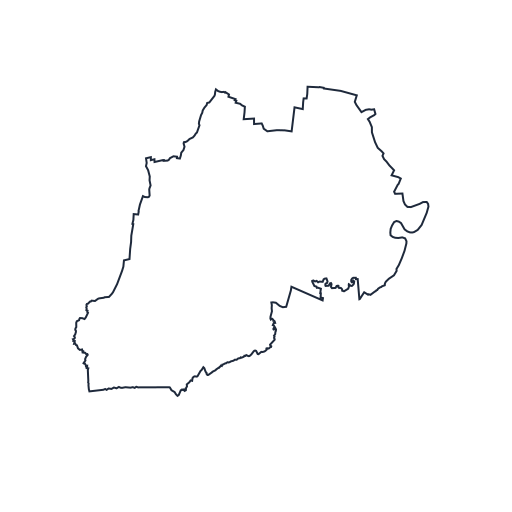 the district of Ban Phaeo, Samut Sakhon, Thailand, rotated 21°
{"feature_id": "78962969B41699219692517", "entity_name": "Ban Phaeo", "entity_type": "district", "adm_level": 2, "iso_a3": "THA", "parent_name": "Thailand", "parent_adm1": "Samut Sakhon", "projection": "equal_earth", "projection_center": [100.121, 13.585], "detail": "fine", "context": "isolated", "style": "outline", "palette": "slate", "viewbox_px": 512, "rotation_deg": 21, "n_neighbors": 0, "source": "geoboundaries", "source_scale": "gbopen_adm2", "svg_char_len": 6127}
<svg xmlns="http://www.w3.org/2000/svg" viewBox="0 0 512 512"><g transform="rotate(21 256 256)"><path d="M313.7,76.7L311.4,78.0L309.0,78.5L306.1,80.2L302.9,83.9L295.7,79.1L293.0,76.7L292.5,69.9L275.9,71.5L259.3,75.3L259.0,74.7L254.7,75.5L254.4,75.9L243.5,79.5L245.8,86.4L246.8,90.8L244.0,91.8L244.9,95.5L247.0,102.1L238.7,103.4L244.6,126.9L237.8,128.4L230.5,131.0L221.9,135.5L217.6,134.4L215.7,132.0L213.8,130.2L206.9,133.5L204.9,128.4L195.5,132.7L193.8,126.0L192.1,120.6L189.0,120.4L186.6,119.6L182.1,120.2L182.0,118.1L180.4,118.2L180.6,116.9L173.2,117.2L172.9,114.9L168.7,114.0L168.5,114.6L167.2,114.3L165.2,115.3L163.2,115.6L161.4,115.6L158.9,114.8L159.1,117.4L159.8,120.1L159.8,121.5L157.4,129.4L155.6,130.6L155.8,132.8L154.7,135.9L154.1,139.2L154.5,141.6L154.2,144.1L154.7,150.7L155.3,153.0L156.4,154.2L156.6,161.9L155.9,163.3L155.5,165.5L154.6,167.9L152.0,170.6L151.2,172.4L150.3,173.9L148.9,175.2L148.1,175.3L147.9,175.6L148.1,176.9L150.1,179.6L150.3,183.1L149.2,186.3L149.8,189.1L150.0,192.3L147.1,193.0L146.7,191.6L143.2,192.5L140.6,195.5L140.2,197.4L139.3,198.6L135.6,200.3L135.1,200.3L135.2,199.6L134.9,199.7L127.6,204.6L126.5,202.1L123.5,204.2L122.4,201.4L118.3,204.2L120.6,208.3L121.1,211.6L124.5,214.5L128.3,219.8L129.5,223.5L132.3,227.9L132.3,231.0L132.5,232.2L135.0,237.6L134.9,239.0L134.0,239.9L131.0,240.8L129.0,240.6L129.2,249.5L130.2,256.1L130.6,256.6L131.1,259.5L126.8,260.7L128.6,266.3L129.1,270.3L130.0,270.2L132.3,281.7L134.4,287.8L136.0,294.5L139.0,304.2L134.3,307.4L136.0,313.5L136.3,318.0L136.4,332.0L135.5,341.0L135.0,342.9L133.4,346.9L129.4,348.8L128.9,349.5L124.7,351.8L123.8,352.6L121.8,355.7L118.5,356.6L118.1,357.7L117.3,358.1L116.3,360.6L115.3,361.4L115.2,362.4L116.1,363.7L115.9,364.7L116.7,365.7L117.1,367.4L118.3,367.4L118.5,368.7L119.5,369.2L119.1,374.4L118.5,376.3L116.1,376.3L113.9,377.0L113.7,377.7L113.8,379.4L112.1,381.1L112.1,382.8L113.7,386.8L113.4,388.3L113.7,389.7L114.7,390.4L115.1,391.5L115.3,394.0L114.8,396.0L116.0,396.8L116.2,397.8L115.6,398.9L115.0,399.3L115.9,400.1L115.9,400.7L117.3,400.4L117.6,403.1L118.6,402.5L119.8,403.6L120.9,403.6L122.9,406.0L125.2,406.8L127.1,405.6L128.2,407.4L128.5,406.7L129.0,406.8L129.4,408.1L131.3,407.6L132.7,408.5L133.7,408.0L134.2,408.4L134.3,408.8L133.5,410.9L133.4,413.5L134.2,414.7L133.4,417.9L134.2,418.1L134.8,417.8L136.1,418.7L136.7,419.8L137.3,419.8L137.8,419.2L138.1,420.0L137.7,421.0L138.0,421.4L139.7,421.0L139.9,422.8L144.3,432.9L144.6,434.2L145.4,435.0L145.9,436.7L147.7,440.3L149.0,442.1L161.4,435.6L162.9,434.2L164.5,434.5L165.9,432.5L168.7,431.9L170.5,429.7L173.2,429.5L174.9,427.4L176.8,427.5L178.2,427.1L181.1,425.3L186.0,423.9L188.0,422.6L190.0,422.6L191.1,421.0L193.0,420.9L222.1,409.6L222.7,409.6L225.2,411.6L228.8,412.2L230.7,413.7L232.8,414.7L233.7,413.4L233.9,408.3L234.8,407.7L234.9,407.1L236.2,407.2L236.5,406.5L236.9,407.0L237.4,406.6L237.9,407.3L238.6,406.5L238.0,404.3L238.3,402.5L237.4,400.7L239.0,397.8L239.6,395.6L241.1,395.4L240.5,392.8L241.0,391.2L241.9,390.3L244.0,389.8L244.5,389.1L245.4,383.2L246.1,381.8L246.7,378.7L247.9,379.2L250.4,382.1L251.9,383.0L252.0,383.7L253.3,384.5L254.1,384.1L256.8,380.1L256.8,379.7L259.2,377.1L259.4,376.3L261.1,373.8L261.5,373.7L261.8,372.5L262.3,372.1L262.5,370.9L263.5,370.9L263.5,369.5L264.0,369.3L265.6,367.4L266.5,366.9L266.7,366.3L267.7,365.3L268.4,365.3L269.4,364.6L270.3,363.4L272.5,361.8L273.4,360.4L275.1,359.8L276.1,358.0L277.7,357.1L278.1,356.1L278.8,356.2L279.7,355.4L280.7,354.4L280.9,353.3L281.9,353.1L282.4,352.0L284.8,352.2L285.8,351.7L286.9,349.6L288.0,345.8L288.5,344.9L289.5,344.5L290.2,344.6L292.7,346.9L293.5,346.8L295.3,343.6L296.5,343.3L298.1,342.1L298.8,341.1L299.5,339.6L298.9,338.6L299.4,338.1L300.5,338.1L301.1,337.7L302.1,335.8L302.6,335.6L302.6,334.8L301.3,334.3L300.9,333.7L303.4,327.5L303.2,326.9L302.2,326.0L302.2,324.6L301.4,324.0L301.9,322.1L301.3,319.8L301.4,318.9L301.0,317.4L299.9,316.4L299.4,317.9L298.8,318.3L298.4,318.0L298.3,317.4L298.6,316.1L298.4,315.2L297.6,314.5L296.5,314.5L296.6,312.2L297.8,311.6L296.8,310.3L296.4,310.1L295.4,310.3L295.0,309.4L293.6,308.8L293.2,308.9L292.6,310.0L291.9,309.3L291.3,307.5L290.7,301.9L289.3,299.1L288.4,296.2L287.0,293.9L288.3,293.2L291.3,292.5L296.0,294.1L299.4,294.2L302.4,292.6L300.9,275.7L300.1,272.0L334.1,273.6L333.6,271.3L331.2,271.6L329.9,267.6L329.3,267.7L328.3,263.3L325.3,263.4L324.2,263.9L323.4,262.9L321.3,263.1L317.7,259.8L317.4,259.1L318.3,258.3L320.3,258.6L321.5,257.5L323.4,258.3L324.5,257.1L327.5,256.2L327.5,253.5L328.4,252.4L329.8,251.7L331.9,254.1L332.0,255.7L331.3,256.3L330.8,257.3L331.3,258.6L331.7,259.0L334.5,257.7L334.9,255.0L335.7,254.4L336.6,255.2L336.7,255.7L336.4,256.2L336.9,256.8L337.0,257.9L338.4,258.8L341.7,257.3L342.0,255.1L343.2,254.3L343.8,254.5L343.8,255.4L344.1,255.7L345.1,256.1L345.8,255.6L347.0,255.5L348.4,256.3L348.9,257.5L350.8,257.4L353.8,253.5L353.7,250.6L353.0,250.0L352.8,249.1L353.6,249.2L354.5,249.9L355.7,249.8L356.3,249.5L357.1,247.8L357.3,246.8L356.8,244.6L355.8,244.1L355.4,244.8L355.6,245.9L354.8,246.2L353.9,245.4L353.5,244.1L353.8,242.6L354.6,241.5L357.0,240.6L357.6,241.8L359.2,241.1L368.0,259.3L368.3,259.0L370.0,251.1L373.6,251.8L374.3,251.5L374.6,251.9L376.1,251.1L376.8,251.2L379.8,246.4L380.3,246.1L380.6,245.0L381.4,244.3L381.7,242.8L383.1,240.8L384.1,240.0L384.5,239.1L386.7,237.2L386.2,235.4L386.4,233.5L388.2,229.6L391.7,224.6L392.6,219.5L391.8,217.7L392.6,213.3L392.9,205.8L392.8,198.0L391.9,190.4L391.2,188.3L388.9,186.1L385.9,186.2L382.4,188.2L379.4,189.1L376.8,189.2L374.2,188.4L373.0,186.0L372.0,182.4L372.1,178.7L372.8,174.8L374.6,173.0L377.0,172.7L379.6,173.3L385.2,177.9L388.4,178.8L391.3,178.8L393.6,178.0L395.0,177.0L397.6,173.7L399.5,167.7L399.9,154.6L399.3,148.1L398.0,145.7L396.0,144.4L392.6,145.8L390.1,148.7L383.1,154.8L379.8,155.9L376.6,154.5L374.0,151.9L370.3,145.2L363.6,148.1L361.9,146.5L362.8,138.7L363.3,137.6L363.4,131.8L360.5,131.4L353.7,132.1L354.2,126.5L348.0,123.6L344.0,121.1L340.9,119.7L338.2,117.2L338.3,114.5L335.7,113.2L330.9,111.4L326.3,107.0L319.9,99.0L318.0,94.2L314.0,90.0L311.4,88.1L312.9,85.6L315.9,82.1L316.6,80.6L313.7,76.7Z" fill="none" stroke="#1e293b" stroke-width="2"/></g></svg>